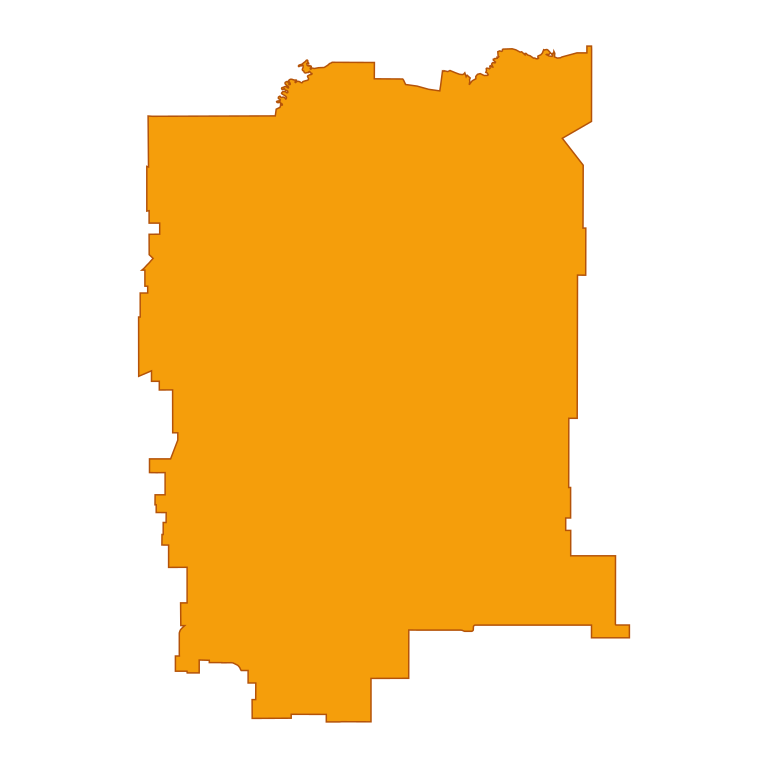 the district of Wyalkatchem, Western Australia, Australia
{"feature_id": "25037944B8068903410129", "entity_name": "Wyalkatchem", "entity_type": "district", "adm_level": 2, "iso_a3": "AUS", "parent_name": "Australia", "parent_adm1": "Western Australia", "projection": "orthographic", "projection_center": [117.394, -31.195], "detail": "fine", "context": "isolated", "style": "filled", "palette": "amber", "viewbox_px": 768, "rotation_deg": 0, "n_neighbors": 0, "source": "geoboundaries", "source_scale": "gbopen_adm2", "svg_char_len": 5742}
<svg xmlns="http://www.w3.org/2000/svg" viewBox="0 0 768 768"><path d="M291.2,714.3L326.3,714.4L326.3,721.9L339.7,721.9L341.7,721.7L371.0,721.8L371.0,678.4L408.7,678.3L408.8,630.0L417.8,630.1L460.8,630.1L462.1,630.3L464.2,631.2L464.7,631.3L471.6,631.3L472.5,631.0L473.2,630.2L473.3,629.6L473.4,626.8L473.6,626.1L474.1,625.6L474.4,625.3L475.1,625.1L475.7,625.1L591.5,625.1L591.5,637.8L629.4,637.8L629.4,625.0L616.4,625.0L615.6,624.8L615.4,624.0L615.5,555.8L570.7,555.8L570.7,530.4L565.7,530.4L565.7,518.0L570.6,518.0L570.6,487.5L568.7,487.5L568.8,418.3L577.2,418.3L577.5,275.1L585.7,275.2L585.8,228.1L583.0,228.1L583.2,165.2L562.3,138.3L591.5,121.4L591.6,49.3L591.5,46.1L586.9,46.1L586.9,52.9L576.9,52.9L561.8,57.0L560.4,57.8L557.4,58.1L554.5,56.9L554.8,53.3L553.9,51.4L553.7,53.4L553.1,53.9L552.5,53.3L551.4,53.6L552.7,55.8L552.1,56.4L549.0,56.0L546.4,54.6L546.8,54.3L548.6,54.6L550.1,53.4L550.3,52.6L548.0,50.1L546.9,49.5L544.9,49.8L544.5,50.1L543.7,49.7L542.3,53.2L540.8,54.8L538.0,56.0L537.8,57.1L538.6,58.0L537.8,58.7L536.2,58.8L534.8,58.0L533.6,58.2L530.2,55.8L527.7,55.0L526.0,53.4L525.2,53.4L525.0,54.8L521.7,51.8L520.1,52.1L515.8,49.8L512.2,48.8L503.3,49.1L502.5,49.4L502.4,50.8L501.7,51.4L499.6,50.9L497.8,51.7L498.1,55.9L498.8,56.7L498.3,57.3L497.0,57.2L497.2,58.3L496.1,58.4L495.5,58.7L494.9,58.5L494.1,59.0L493.3,59.2L493.3,60.1L495.5,62.1L495.0,62.9L492.8,62.6L491.9,63.4L491.7,64.5L492.9,67.0L492.2,67.1L490.3,65.7L489.8,66.2L490.1,68.1L489.4,68.8L487.8,68.2L486.6,68.2L486.2,68.7L486.5,70.5L485.8,72.4L487.3,73.0L488.2,74.8L487.5,75.4L484.2,75.5L480.2,73.6L477.5,74.3L475.8,76.4L475.8,78.8L472.2,80.8L469.2,84.8L469.8,81.2L469.5,79.7L470.2,78.0L467.1,75.2L466.6,75.6L466.1,76.7L464.8,72.8L463.6,74.2L462.3,74.6L459.6,74.3L455.3,72.7L450.0,70.5L447.8,71.6L444.7,70.9L444.4,71.1L443.9,70.7L443.1,71.4L442.5,71.0L440.7,84.9L439.8,90.9L428.6,89.3L417.1,86.1L405.6,84.5L403.6,80.2L402.7,79.0L374.3,78.8L374.4,62.5L332.1,62.3L331.3,62.9L329.7,63.5L329.5,63.8L328.9,64.1L327.8,65.2L324.3,67.4L323.9,67.5L318.7,67.7L314.3,68.5L311.9,68.0L311.7,68.1L311.2,68.9L310.8,69.2L310.5,69.1L310.3,68.9L310.2,68.4L310.4,68.0L311.2,67.1L311.3,66.6L311.0,66.1L310.4,66.1L310.0,65.7L309.7,65.8L309.6,66.1L309.1,66.1L309.1,65.5L308.9,65.3L308.6,65.3L308.1,65.6L307.8,65.7L307.5,65.6L307.1,65.2L307.0,64.7L307.0,64.2L306.8,63.6L307.6,63.3L308.4,63.6L308.7,63.5L308.7,63.2L308.5,62.9L307.9,62.4L307.7,62.2L307.6,61.9L307.9,61.2L307.7,60.5L307.3,60.1L306.8,60.1L306.2,60.4L305.5,61.4L303.6,62.8L302.1,64.1L301.0,64.5L299.3,65.0L298.8,65.3L298.4,66.0L298.6,66.5L299.2,66.5L300.1,65.9L301.2,65.9L301.6,65.8L302.3,65.1L302.8,65.1L303.1,65.5L303.1,67.4L302.3,69.3L302.4,70.0L302.8,70.6L303.7,71.0L304.2,72.3L304.4,72.6L304.8,72.8L305.6,73.0L307.4,72.5L308.2,72.6L308.6,72.4L308.7,71.9L309.0,71.6L309.6,71.4L309.9,71.6L310.1,72.3L310.4,72.7L310.9,73.1L311.6,73.2L312.0,73.5L312.0,73.8L311.9,74.1L311.7,74.3L311.0,74.6L309.7,74.8L307.7,75.9L307.5,76.3L307.7,76.9L308.6,78.7L308.4,79.5L308.2,79.8L307.1,80.4L306.0,80.6L303.1,81.5L302.8,81.7L302.3,82.6L301.9,82.8L301.5,82.7L300.9,82.5L299.3,81.5L298.0,81.3L296.8,81.5L296.4,81.7L295.8,82.5L295.5,82.6L295.3,82.5L295.1,82.3L295.1,82.2L295.3,81.4L296.3,80.7L296.5,80.5L296.5,80.2L296.2,80.0L295.8,80.0L295.0,80.1L294.1,80.0L292.8,79.6L292.0,79.3L291.1,79.2L290.3,79.3L289.4,79.8L288.9,80.3L288.7,80.6L289.1,81.7L290.1,83.2L290.3,84.2L290.2,84.4L290.0,84.6L289.3,84.7L288.9,84.5L288.9,84.4L288.9,84.1L289.3,83.4L289.2,82.9L288.9,82.7L288.2,82.7L287.9,81.9L287.5,81.5L286.9,81.5L286.4,81.7L285.3,82.3L285.1,82.6L285.0,83.2L285.3,84.1L287.2,85.8L288.2,86.4L288.6,87.2L288.5,87.9L288.3,88.0L288.0,87.9L287.3,87.5L286.5,86.8L286.0,86.5L285.5,86.5L284.3,86.7L283.7,87.2L282.1,87.6L281.8,87.8L281.7,88.1L281.6,88.7L282.1,89.5L282.5,89.7L283.1,89.5L284.0,88.8L284.4,88.7L284.6,88.9L285.1,89.9L285.4,90.3L286.6,90.4L287.5,90.9L287.8,91.7L287.9,92.2L287.6,92.7L287.1,92.8L286.6,92.7L285.9,92.0L285.3,91.7L283.9,91.5L282.9,91.7L282.5,91.9L281.6,93.0L281.5,93.3L281.7,93.6L282.4,94.2L285.2,95.8L285.6,96.2L286.0,96.5L286.4,97.1L286.5,97.7L286.4,98.2L286.0,99.0L285.8,99.1L285.4,98.7L285.4,98.2L284.8,97.9L284.0,97.3L283.1,97.1L281.6,97.4L281.0,97.4L280.7,97.3L280.3,96.4L280.0,96.2L279.7,96.2L279.2,96.5L278.5,97.0L278.3,97.8L278.3,98.2L278.7,98.7L280.2,99.5L280.3,100.0L280.0,100.6L279.6,100.7L277.3,101.1L276.6,101.5L276.7,102.0L277.2,102.5L278.2,102.7L278.8,102.5L279.4,102.0L280.0,101.9L280.3,102.4L280.2,102.9L280.3,103.1L280.6,103.3L281.4,103.4L281.8,103.7L282.2,104.2L282.4,104.9L282.1,105.2L281.8,105.2L281.0,104.5L280.6,104.5L280.5,105.9L279.9,107.4L276.2,109.2L275.3,115.9L152.4,116.3L148.1,116.0L148.5,167.0L146.8,166.4L146.8,211.1L149.1,210.7L149.1,223.1L159.7,223.1L159.7,234.2L149.1,234.3L149.2,254.7L153.1,258.4L150.6,261.1L149.5,262.5L147.1,264.9L143.9,268.4L141.9,270.1L144.9,270.1L144.9,286.2L147.7,286.2L147.7,293.0L140.2,293.0L140.2,317.0L138.6,317.0L138.7,376.3L151.5,370.8L151.5,381.3L159.3,381.3L159.3,390.0L172.6,389.9L172.7,432.8L177.8,432.8L177.8,440.1L170.6,458.9L149.5,458.9L149.5,472.6L156.6,472.7L165.1,472.6L165.1,494.8L155.1,494.8L155.0,504.8L156.2,504.8L156.2,512.5L166.2,512.6L166.1,522.5L163.2,522.5L163.2,534.5L162.0,534.5L161.9,545.0L168.6,545.1L168.6,567.4L187.1,567.3L187.1,602.9L180.6,602.9L180.8,625.6L184.7,625.6L182.0,628.1L180.7,629.5L180.1,630.6L179.4,632.5L179.3,633.3L179.3,644.2L179.3,653.7L179.4,656.0L175.4,656.0L175.4,671.2L187.0,671.2L187.2,672.9L199.2,672.9L199.2,660.0L209.3,660.3L209.3,662.6L221.9,662.6L221.9,662.8L231.5,662.7L233.0,662.9L237.4,665.1L237.9,665.4L239.3,667.0L240.0,668.1L240.6,669.6L241.2,670.5L248.1,670.5L248.1,683.0L255.8,683.0L255.7,699.6L252.1,699.6L252.2,718.4L291.2,718.2L291.2,714.3Z" fill="#f59e0b" stroke="#b45309" stroke-width="1.5"/></svg>